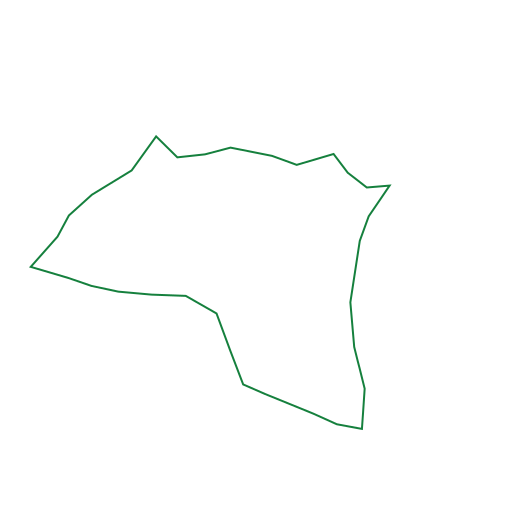 outline of Spilia, Nicosia, Cyprus, rotated 303°
{"feature_id": "46923920B71237456282440", "entity_name": "Spilia", "entity_type": "district", "adm_level": 2, "iso_a3": "CYP", "parent_name": "Cyprus", "parent_adm1": "Nicosia", "projection": "orthographic", "projection_center": [32.941, 34.966], "detail": "fine", "context": "isolated", "style": "outline", "palette": "green", "viewbox_px": 512, "rotation_deg": 303, "n_neighbors": 0, "source": "geoboundaries", "source_scale": "gbopen_adm2", "svg_char_len": 641}
<svg xmlns="http://www.w3.org/2000/svg" viewBox="0 0 512 512"><g transform="rotate(303 256 256)"><path d="M124.2,73.0L135.4,110.7L141.3,134.3L151.1,159.9L166.7,189.4L184.3,218.8L186.3,254.2L162.8,285.7L141.3,315.2L145.2,338.8L155.0,389.9L158.9,415.4L167.1,435.2L168.7,439.0L183.3,430.9L203.9,419.4L218.2,404.1L223.5,398.3L233.2,387.9L248.6,375.9L268.5,360.4L268.9,360.2L325.2,334.8L350.7,328.9L372.2,329.4L387.8,329.7L373.8,311.6L375.8,287.6L383.8,265.5L354.6,240.5L348.7,214.9L333.0,175.6L313.5,157.9L295.9,136.3L301.9,107.1L260.0,105.1L218.0,85.0L188.1,77.0L164.1,79.0L124.2,73.0Z" fill="none" stroke="#15803d" stroke-width="2"/></g></svg>